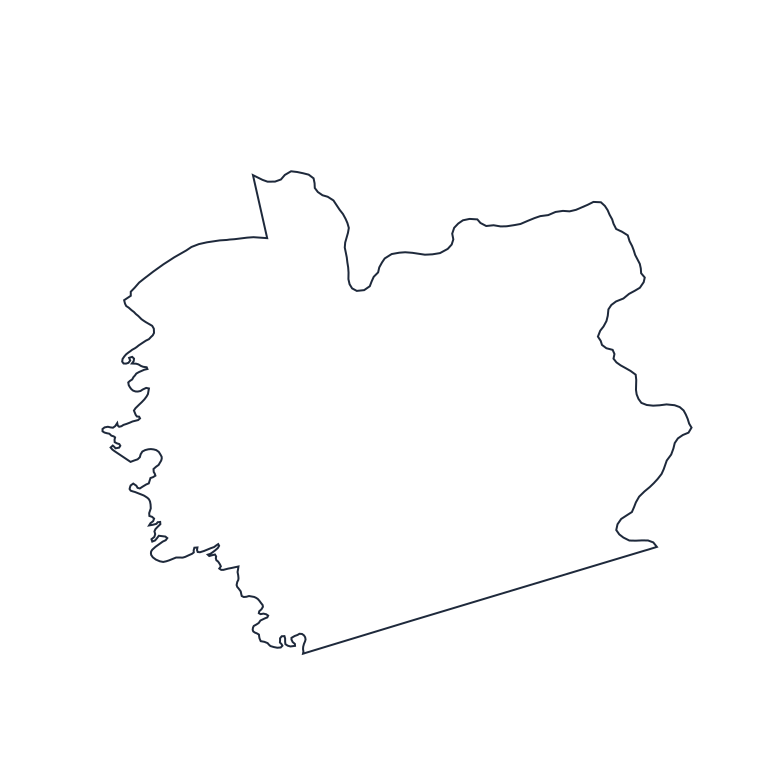 outline of Amaturá, Amazonas, Brazil, rotated 254°
{"feature_id": "56859067B85663685806708", "entity_name": "Amaturá", "entity_type": "district", "adm_level": 2, "iso_a3": "BRA", "parent_name": "Brazil", "parent_adm1": "Amazonas", "projection": "equal_earth", "projection_center": [-68.265, -3.42], "detail": "fine", "context": "isolated", "style": "outline", "palette": "slate", "viewbox_px": 768, "rotation_deg": 254, "n_neighbors": 0, "source": "geoboundaries", "source_scale": "gbopen_adm2", "svg_char_len": 6166}
<svg xmlns="http://www.w3.org/2000/svg" viewBox="0 0 768 768"><g transform="rotate(254 384 384)"><path d="M620.9,315.6L556.4,311.9L559.0,304.8L561.1,299.0L562.4,292.9L564.4,280.2L565.4,275.5L565.8,272.6L567.3,265.8L569.0,252.9L569.5,244.6L568.8,236.7L566.9,230.8L563.6,217.3L561.6,210.8L559.9,205.1L555.7,193.3L551.4,182.4L549.0,176.6L545.3,170.9L542.5,166.0L538.6,164.9L536.2,157.3L532.6,157.2L530.0,157.7L527.8,159.6L524.5,161.7L522.1,163.5L519.6,164.8L517.2,166.5L513.2,168.7L511.2,170.3L509.1,172.1L503.8,177.2L500.6,178.0L496.5,177.0L494.5,175.1L493.5,173.1L491.9,170.4L491.3,167.0L489.7,161.9L488.7,158.8L487.7,156.5L487.0,154.4L486.3,151.3L485.4,149.1L484.7,147.0L483.6,144.3L482.1,142.0L480.1,139.6L477.7,138.5L475.5,139.3L474.7,141.7L474.8,144.2L476.5,146.5L479.4,146.2L479.5,149.4L477.3,150.7L475.0,149.7L473.2,147.3L471.8,151.4L470.5,153.4L468.3,155.4L466.9,157.3L465.5,160.5L463.6,160.7L463.8,157.6L463.0,151.7L462.3,148.8L460.8,146.9L459.7,145.1L457.8,143.2L457.0,140.6L456.0,138.6L453.2,138.3L450.8,138.9L448.7,139.7L446.8,141.0L445.3,143.1L444.6,145.3L444.4,148.0L445.2,150.5L445.8,154.3L444.5,156.8L439.4,154.3L437.5,152.4L435.3,149.5L433.3,146.1L431.8,143.2L429.2,138.4L427.4,136.3L422.8,136.8L420.9,137.5L420.1,139.6L418.2,140.0L417.1,137.7L417.3,131.9L416.9,129.0L416.6,125.6L416.5,122.3L415.8,120.0L415.9,117.6L417.5,116.6L420.0,116.8L417.6,114.0L416.7,111.4L417.7,109.1L419.0,106.8L419.3,103.4L418.3,101.0L416.1,100.4L414.4,101.9L413.1,104.0L411.9,106.3L409.5,107.7L408.2,109.7L406.8,110.8L404.7,109.6L402.3,109.1L400.5,111.0L399.2,113.0L397.3,113.5L395.8,111.8L396.2,108.2L397.9,107.4L399.6,106.3L398.3,103.7L395.9,104.8L393.8,106.4L379.0,118.9L379.3,122.3L379.5,126.4L380.9,129.1L383.5,130.7L385.7,133.1L386.3,136.2L386.2,139.4L385.7,142.0L384.6,144.6L383.2,146.9L380.8,148.8L377.7,149.7L375.3,150.2L373.6,149.8L371.8,148.7L368.3,145.0L367.3,142.1L365.8,139.0L362.9,138.4L361.1,138.9L358.9,139.0L358.1,136.2L358.0,133.6L353.3,130.5L353.0,127.8L351.8,123.4L350.9,120.5L352.1,118.5L354.5,117.9L357.4,115.5L356.3,112.5L354.8,111.4L353.2,110.5L351.3,111.1L350.1,112.8L348.8,114.9L343.1,122.3L341.6,123.7L339.7,125.3L337.9,126.3L335.6,126.7L332.5,126.4L328.7,125.5L326.8,124.2L324.6,122.7L321.8,122.1L320.3,124.4L318.0,125.9L315.8,124.3L314.6,121.2L312.8,119.2L312.4,122.8L312.3,126.7L313.5,128.3L313.1,130.8L310.9,130.4L309.2,127.2L307.5,124.3L305.6,122.7L302.8,122.7L300.3,121.1L298.9,117.7L296.4,117.8L296.7,120.8L298.2,123.1L300.2,125.7L297.6,131.8L295.6,133.2L294.0,131.1L293.5,127.9L290.5,119.5L288.6,115.6L287.2,114.0L285.6,113.3L283.8,113.1L281.1,114.0L278.1,116.3L275.4,119.6L273.8,122.7L273.6,125.8L273.7,128.8L274.5,136.3L273.7,139.2L272.6,142.6L272.6,145.2L273.2,149.1L273.7,152.7L274.5,154.7L276.6,155.2L278.9,156.6L278.3,159.6L276.0,158.5L273.9,158.6L273.0,160.7L273.1,165.0L273.9,172.1L274.1,175.7L275.1,178.3L275.8,180.5L273.9,180.9L272.1,179.0L270.6,175.8L269.3,172.4L268.6,170.2L268.5,167.6L266.8,168.6L266.8,171.5L266.7,174.5L264.5,175.1L262.9,174.3L260.7,174.3L259.2,175.5L257.5,176.1L255.7,176.6L253.7,176.9L252.0,174.8L250.2,176.3L249.6,178.5L249.5,183.2L249.2,186.3L248.7,193.8L246.5,192.8L243.6,191.4L240.2,191.1L237.4,190.6L235.8,189.9L234.2,188.4L231.4,186.9L229.4,187.0L227.4,187.9L224.1,189.1L221.6,188.9L219.4,188.8L217.9,190.5L217.4,193.0L217.4,195.8L215.1,200.5L213.8,202.0L212.2,203.4L209.9,204.5L207.4,205.4L205.0,206.4L203.2,206.2L201.3,204.2L199.9,201.4L198.2,200.5L196.8,201.9L196.5,204.8L195.1,207.3L193.3,208.8L191.8,207.5L191.5,204.6L190.7,200.0L188.8,197.7L188.0,195.1L187.3,192.1L185.9,190.9L183.9,190.0L182.2,190.1L180.6,191.4L179.4,193.0L177.6,194.7L175.7,194.4L173.8,194.2L170.8,194.6L169.1,198.0L167.0,200.7L165.4,201.4L163.4,202.6L161.5,205.6L159.9,208.7L159.2,212.1L160.4,214.2L162.4,213.7L164.2,212.7L166.4,213.5L168.2,214.0L169.7,216.1L169.1,218.8L166.6,218.8L163.4,217.9L161.1,217.5L159.0,219.3L157.5,221.7L156.8,226.3L158.7,226.7L161.1,225.1L163.8,224.6L165.5,225.1L166.4,228.7L166.6,231.7L167.2,233.9L166.3,236.3L164.4,237.8L162.3,238.4L160.1,238.2L158.4,237.2L156.2,235.4L153.7,233.9L151.5,233.1L149.0,232.8L147.1,231.8L148.9,346.1L149.4,386.6L150.0,432.2L151.4,541.3L151.5,548.6L152.0,588.3L152.0,592.2L152.2,601.4L157.5,599.2L160.8,594.7L162.5,589.1L164.0,582.8L165.9,576.7L170.4,571.8L174.6,568.7L179.6,567.0L184.8,569.8L188.9,574.8L190.9,581.3L192.6,587.0L196.7,590.4L200.8,593.5L205.4,598.2L208.9,604.7L211.7,611.1L214.3,616.0L217.3,620.9L221.0,626.0L225.0,629.4L232.5,634.7L237.0,640.6L242.2,644.4L247.1,647.2L250.7,651.5L252.6,657.2L253.3,663.3L257.3,667.6L261.8,666.4L266.8,666.3L271.5,665.7L276.0,664.7L280.3,661.9L283.5,657.5L286.5,650.0L287.6,642.9L289.0,636.7L291.4,630.8L294.9,626.2L299.6,624.5L304.4,624.0L308.9,624.6L318.4,627.6L323.6,628.5L328.6,624.6L332.6,620.7L336.7,616.6L340.7,613.4L345.1,611.6L349.3,613.8L353.8,613.2L357.1,607.6L361.5,604.3L365.7,604.2L370.6,602.7L375.6,606.5L378.8,610.9L383.2,615.2L387.9,617.9L393.9,620.3L397.3,624.3L399.4,629.8L400.2,637.7L403.1,644.4L404.5,650.8L406.0,656.5L410.3,661.7L414.5,664.0L419.6,661.7L424.3,662.7L429.0,663.0L438.9,661.0L443.7,660.9L448.3,660.5L453.6,659.4L459.7,659.3L464.6,654.9L469.0,649.9L474.8,648.8L479.4,648.7L484.6,647.5L489.4,646.9L494.3,645.4L498.9,642.6L501.3,635.5L500.1,629.1L498.5,616.6L498.8,610.0L501.1,603.7L502.1,596.3L501.1,588.4L502.3,580.5L502.0,574.5L501.2,567.1L500.2,559.3L500.8,553.2L501.8,545.4L503.3,539.6L506.4,533.1L507.7,525.8L512.2,521.1L516.5,519.1L519.1,511.8L519.6,505.0L517.8,499.6L514.8,494.5L509.7,491.0L503.9,490.5L499.4,487.5L496.3,482.5L494.4,473.9L495.3,466.3L497.0,459.0L502.3,447.4L504.8,440.7L506.0,434.9L506.8,427.2L504.5,419.3L501.4,415.6L497.4,411.6L492.9,409.1L489.9,403.7L485.9,400.3L481.9,397.3L479.7,390.8L481.0,383.5L484.7,379.7L489.4,378.4L494.6,378.7L500.8,380.6L506.0,381.7L511.0,382.3L515.9,383.1L520.8,383.5L526.0,383.9L530.7,385.7L539.2,391.0L543.7,393.2L548.8,393.2L553.3,392.6L558.7,391.4L563.6,389.4L574.4,386.0L579.5,381.5L582.4,376.9L586.8,373.3L591.5,371.5L596.1,372.6L601.1,373.0L606.0,369.3L608.9,364.3L611.7,359.0L614.1,353.3L612.3,346.3L609.0,341.3L608.6,335.0L610.6,327.8L613.7,323.5L620.9,315.6Z" fill="none" stroke="#1e293b" stroke-width="2"/></g></svg>